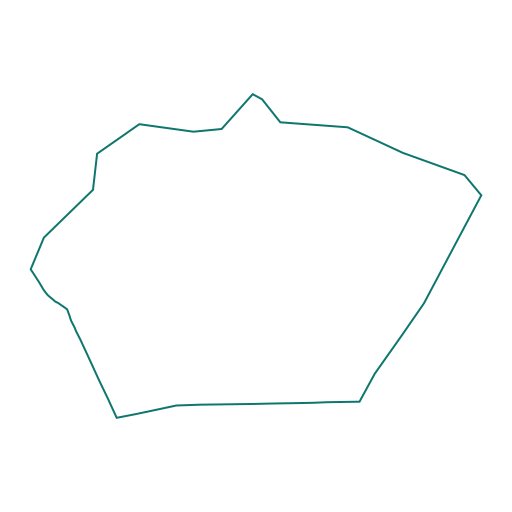 Um Dafoug, Southern Darfur, Sudan
{"feature_id": "16777658B44845642747034", "entity_name": "Um Dafoug", "entity_type": "district", "adm_level": 2, "iso_a3": "SDN", "parent_name": "Sudan", "parent_adm1": "Southern Darfur", "projection": "equal_earth", "projection_center": [23.612, 10.562], "detail": "fine", "context": "isolated", "style": "outline", "palette": "teal", "viewbox_px": 512, "rotation_deg": 0, "n_neighbors": 0, "source": "geoboundaries", "source_scale": "gbopen_adm2", "svg_char_len": 771}
<svg xmlns="http://www.w3.org/2000/svg" viewBox="0 0 512 512"><path d="M441.5,270.2L466.3,223.5L481.3,195.3L464.5,175.1L402.9,152.9L347.7,127.3L280.3,122.3L262.1,99.3L252.7,94.2L221.6,129.0L193.5,131.7L139.3,124.2L97.1,153.7L93.0,189.8L43.9,237.6L31.1,268.3L30.7,269.4L32.2,271.6L36.5,278.2L39.5,282.9L43.4,289.5L45.7,292.7L48.1,295.5L50.4,297.4L52.6,299.2L55.3,301.6L58.0,302.9L67.0,309.2L67.4,310.0L69.8,316.6L70.4,318.7L71.3,321.1L72.1,322.7L74.7,327.7L76.0,331.1L80.3,339.5L90.9,362.4L99.3,380.8L108.7,400.3L108.9,400.9L116.7,417.8L134.8,414.3L176.3,405.5L199.7,404.7L205.5,404.6L250.9,404.0L278.3,403.4L292.2,403.2L312.9,402.8L327.1,402.2L359.5,401.7L374.7,373.8L401.8,335.4L423.9,303.4L438.4,276.1L441.5,270.2Z" fill="none" stroke="#0f766e" stroke-width="2"/></svg>